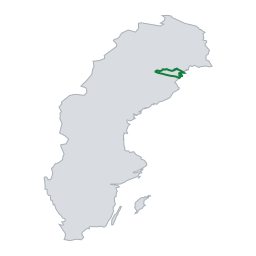 location of Piteå, Norrbotten, Sweden
{"feature_id": "70781695B63326994968930", "entity_name": "Piteå", "entity_type": "district", "adm_level": 2, "iso_a3": "SWE", "parent_name": "Sweden", "parent_adm1": "Norrbotten", "projection": "natural_earth1", "projection_center": [20.903, 65.376], "detail": "fine", "context": "in_parent", "style": "outline", "palette": "green", "viewbox_px": 256, "rotation_deg": 0, "n_neighbors": 0, "source": "geoboundaries", "source_scale": "gbopen_adm2", "svg_char_len": 5196}
<svg xmlns="http://www.w3.org/2000/svg" viewBox="0 0 256 256"><path d="M47.2,177.7L48.2,179.8L50.4,179.6L51.4,178.0L52.8,173.4L51.5,168.3L53.6,166.6L55.1,163.8L58.2,163.0L62.5,159.7L63.0,156.4L64.1,154.0L60.9,146.6L60.7,144.8L66.1,143.8L68.6,139.0L65.1,135.9L59.6,132.9L62.0,123.6L59.8,118.5L60.3,116.4L60.0,113.2L61.5,111.8L59.0,107.1L61.9,103.8L61.5,102.1L69.6,95.5L74.9,94.3L84.3,95.3L86.7,92.7L86.9,91.3L86.1,88.0L80.9,86.1L86.9,80.2L91.7,74.5L92.8,69.0L94.0,66.6L93.1,61.2L99.2,60.6L104.8,58.4L104.2,55.5L116.5,46.5L116.9,44.9L116.1,43.4L113.3,40.6L114.2,39.4L117.4,38.6L119.0,37.4L121.5,33.2L128.2,30.0L135.4,32.1L138.6,28.4L138.5,23.3L141.1,22.8L160.4,26.0L163.7,24.1L160.4,23.1L163.7,21.0L164.6,19.8L165.0,18.3L164.9,17.5L162.2,15.6L168.3,15.4L171.6,16.2L171.9,17.4L184.9,23.4L195.3,25.8L198.3,27.5L199.4,29.4L201.0,29.5L202.9,31.3L205.0,32.3L203.3,33.5L203.3,36.4L203.9,37.7L202.9,40.1L206.3,40.7L206.8,42.2L205.0,43.7L205.2,45.3L209.6,50.4L208.5,52.0L208.2,54.1L206.2,55.6L205.9,57.2L206.2,59.3L206.9,60.2L208.8,60.9L212.0,66.4L208.7,66.8L206.2,66.0L200.4,66.7L199.0,67.5L194.5,65.4L192.0,66.6L190.2,65.5L188.8,67.3L188.5,69.7L186.4,69.5L187.1,70.5L184.3,70.8L184.1,71.2L184.7,71.8L183.8,72.5L179.9,72.8L179.4,73.6L180.5,74.5L180.5,75.1L178.0,74.2L179.7,76.0L180.0,77.3L174.6,82.4L176.4,83.8L177.8,86.7L179.4,88.0L178.7,89.4L173.1,92.6L169.9,97.7L162.9,101.0L159.2,101.9L156.8,104.3L154.0,103.5L153.9,104.9L152.1,104.0L150.6,106.2L148.0,108.0L145.3,107.6L145.0,107.9L145.8,108.5L142.6,108.9L141.6,110.8L139.2,111.3L138.8,111.9L141.2,112.0L140.7,113.6L138.0,114.3L137.0,115.3L135.7,115.3L136.0,114.5L134.2,114.6L133.6,113.7L133.3,113.9L134.4,116.4L133.5,117.4L135.2,118.4L130.2,120.9L127.2,119.9L126.8,120.7L127.4,122.8L130.0,124.4L128.4,125.5L126.5,130.5L127.6,133.5L124.2,132.8L124.4,134.0L123.3,135.3L123.7,137.2L123.3,138.5L124.1,139.7L123.6,140.2L124.0,145.6L124.9,148.0L124.5,149.8L125.9,150.8L128.9,151.0L129.7,152.6L133.6,151.7L136.2,154.7L141.3,157.3L141.0,159.0L144.2,160.2L146.1,162.5L146.8,164.4L146.5,165.6L141.4,168.8L137.4,170.9L133.3,172.3L133.5,172.8L135.5,173.0L140.4,171.4L141.8,172.8L139.2,173.4L138.6,175.3L137.5,176.5L126.5,180.7L125.1,182.0L120.2,184.1L111.5,184.0L110.2,184.4L117.7,185.3L119.4,186.9L115.8,187.9L117.3,191.6L116.3,192.5L116.2,196.6L114.9,196.7L114.3,198.4L114.8,202.6L115.4,203.7L115.1,204.9L113.0,207.7L113.6,211.1L111.1,217.2L108.4,220.8L106.2,225.6L103.9,227.2L101.2,226.2L97.2,226.8L89.9,226.6L89.0,227.1L89.5,228.8L86.9,228.5L82.2,232.3L81.9,234.0L83.7,237.5L81.3,239.8L76.4,239.2L69.9,240.6L64.1,239.5L64.8,238.3L65.5,233.7L59.2,224.4L62.3,225.3L63.6,224.8L61.8,221.8L64.4,221.6L65.3,220.5L64.9,218.8L62.7,218.0L60.9,215.3L59.0,213.8L55.7,208.4L54.6,204.6L53.3,205.0L52.4,200.7L50.6,200.0L50.4,195.7L48.4,195.2L47.2,193.2L47.1,189.5L44.8,189.0L45.2,187.2L44.7,180.6L44.0,178.5L44.7,177.0L46.0,176.8L47.2,177.7ZM147.6,198.0L146.5,198.4L145.8,199.6L144.1,200.2L143.7,204.0L145.3,205.5L143.6,206.1L142.5,208.1L139.5,209.5L138.3,210.8L137.6,212.6L135.1,213.6L136.9,210.8L134.6,207.6L135.2,206.5L135.1,202.8L140.5,198.1L142.9,197.5L144.0,198.1L144.5,196.9L145.3,196.7L147.6,198.0ZM113.3,224.4L112.0,225.2L111.6,224.0L111.9,219.6L114.9,214.4L116.2,213.9L119.9,206.8L120.3,206.4L121.5,206.8L120.6,207.5L120.6,208.7L118.3,212.5L117.7,215.0L116.8,215.6L113.3,224.4ZM148.6,196.5L148.4,197.6L147.1,196.7L148.4,195.5L151.0,195.9L148.6,196.5ZM142.9,169.3L141.3,171.0L140.9,170.3L141.3,169.5L142.9,169.3ZM139.1,177.8L138.3,177.9L138.9,176.8L140.1,176.5L139.1,177.8Z" fill="#d9dde1" stroke="#a8b0b8" stroke-width="1"/><path d="M162.7,69.5L162.7,69.8L162.3,70.2L161.8,70.5L161.2,70.7L160.8,70.8L160.4,71.0L159.7,71.1L159.4,71.0L158.9,70.8L158.4,70.7L158.0,70.7L157.6,70.7L157.2,70.5L156.8,70.6L156.1,70.9L156.0,71.2L155.9,71.5L155.5,71.6L155.5,71.8L155.8,72.0L156.3,72.1L156.7,72.3L157.2,72.4L157.6,72.6L157.9,72.7L158.2,72.9L158.6,73.0L159.6,73.1L160.2,73.3L161.1,73.5L161.6,73.6L162.1,73.7L163.4,74.0L164.6,74.4L165.4,74.6L166.1,74.8L166.9,75.0L168.1,75.2L169.6,75.6L170.5,75.8L172.9,76.1L175.1,76.4L175.8,76.5L176.4,76.8L177.0,77.2L177.7,77.4L178.5,77.6L179.3,78.0L179.6,77.7L179.7,77.2L180.1,77.1L180.2,76.8L180.1,76.4L179.8,76.1L179.7,75.9L179.4,75.7L179.6,75.5L180.0,75.5L180.4,75.6L180.8,75.7L181.0,75.8L181.2,76.0L181.4,76.0L181.7,76.1L182.0,76.1L182.1,75.9L181.9,75.7L181.6,75.5L181.7,75.2L181.3,74.7L181.1,74.4L180.8,74.2L180.4,74.1L180.1,74.0L179.8,73.9L179.4,73.8L179.2,73.7L179.1,73.3L179.3,73.1L179.7,73.0L180.1,72.9L180.6,72.7L181.0,72.7L181.5,72.6L182.6,72.7L183.2,72.7L183.4,72.8L183.6,72.8L184.1,72.8L183.6,72.4L183.1,72.0L182.8,71.8L182.4,71.7L181.9,71.4L180.8,70.9L179.8,70.3L178.8,69.8L178.3,69.6L177.9,69.4L177.4,69.4L177.2,69.2L177.1,68.8L176.9,68.6L176.2,68.8L175.7,69.0L175.3,69.1L174.8,69.4L174.3,69.6L174.4,69.9L174.6,70.0L174.0,70.3L173.6,70.4L173.2,70.6L172.8,70.8L172.4,70.8L172.0,70.7L171.8,70.8L171.6,70.8L171.3,70.8L171.1,70.6L170.7,70.5L170.1,70.4L169.5,70.3L169.1,70.1L168.6,69.9L168.1,69.8L167.9,69.6L167.4,69.4L167.1,69.3L166.9,69.2L166.5,69.1L166.2,69.2L165.9,69.4L165.5,69.4L165.1,69.6L164.7,69.6L164.4,69.5L164.0,69.3L163.7,69.4L163.4,69.5L163.1,69.6L162.7,69.5Z" fill="none" stroke="#15803d" stroke-width="2"/></svg>